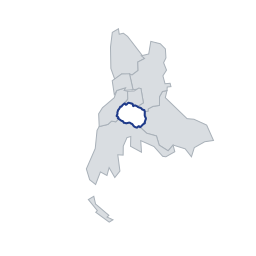 North Macedonia highlighted, Mercator projection, rotated 40°
{"feature_id": "MKD", "entity_name": "North Macedonia", "entity_type": "country or territory", "adm_level": 0, "iso_a3": "MKD", "parent_name": "Europe", "parent_adm1": "", "projection": "mercator", "projection_center": [21.64, 41.604], "detail": "fine", "context": "with_neighbors", "style": "outline", "palette": "blue", "viewbox_px": 256, "rotation_deg": 40, "n_neighbors": 7, "source": "natural_earth", "source_scale": "50m", "svg_char_len": 3311}
<svg xmlns="http://www.w3.org/2000/svg" viewBox="0 0 256 256"><g transform="rotate(40 128 128)"><path d="M133.8,74.2L137.1,80.8L167.2,82.9L172.9,78.9L186.4,75.2L201.5,82.6L195.6,89.2L191.4,100.4L195.1,109.3L185.2,107.2L173.5,112.1L173.4,119.7L162.9,121.1L154.9,115.8L145.7,120.0L137.2,119.6L136.4,109.4L130.6,104.4L132.5,102.2L131.2,100.4L133.2,95.4L137.6,90.5L132.0,83.7L130.9,77.9L133.8,74.2Z" fill="#d9dde1" stroke="#a8b0b8" stroke-width="1"/><path d="M175.5,208.0L174.1,212.2L157.5,213.3L157.6,211.0L143.6,208.3L145.7,202.3L152.0,207.1L169.5,207.2L169.2,209.7L175.5,208.0ZM137.2,119.6L145.7,120.0L154.9,115.8L162.9,121.1L173.4,119.7L173.5,112.1L179.1,116.1L175.5,125.7L172.8,127.4L159.8,125.5L145.9,129.5L153.9,137.9L141.7,140.4L135.6,132.7L133.4,136.0L136.0,144.9L141.7,151.9L137.4,155.1L149.5,166.2L149.7,174.4L139.0,170.5L142.4,177.9L135.1,179.4L139.5,192.1L131.9,192.3L122.4,186.1L116.1,164.8L105.8,149.7L105.0,145.4L110.3,138.2L111.0,133.3L114.7,131.1L115.0,127.1L122.5,125.8L126.9,122.4L133.1,122.7L137.2,119.6Z" fill="#d9dde1" stroke="#a8b0b8" stroke-width="1"/><path d="M115.0,127.1L114.7,131.1L111.0,133.3L110.3,138.2L105.0,145.4L96.4,136.0L95.4,128.9L98.0,113.7L95.3,106.4L100.3,98.7L101.0,101.6L104.1,100.2L109.3,106.0L108.6,116.8L110.2,123.4L115.0,127.1Z" fill="#d9dde1" stroke="#a8b0b8" stroke-width="1"/><path d="M86.7,99.3L76.6,93.4L62.6,77.3L54.5,64.8L56.9,58.1L61.0,61.8L63.5,58.4L68.8,58.1L96.0,64.1L93.1,71.2L98.7,77.4L97.0,84.8L88.4,90.7L86.7,99.3Z" fill="#d9dde1" stroke="#a8b0b8" stroke-width="1"/><path d="M89.8,47.0L98.6,42.7L105.8,43.4L112.0,49.9L113.3,55.1L120.3,58.9L121.2,65.6L127.9,70.3L131.5,66.7L134.3,68.7L131.7,71.4L133.8,74.2L130.9,77.9L132.0,83.7L137.6,90.5L133.2,95.4L131.2,100.4L132.5,102.2L130.6,104.4L121.4,105.6L123.6,98.8L112.6,89.5L106.2,96.7L107.2,95.4L94.3,85.5L97.0,84.8L98.7,77.4L93.1,71.2L96.0,64.1L91.8,64.1L96.3,58.0L89.8,47.0Z" fill="#d9dde1" stroke="#a8b0b8" stroke-width="1"/><path d="M107.2,95.4L101.0,101.6L100.3,98.7L95.3,106.4L96.1,111.3L85.5,101.9L88.4,90.7L94.3,85.5L107.2,95.4Z" fill="#d9dde1" stroke="#a8b0b8" stroke-width="1"/><path d="M110.0,111.6L109.3,106.0L104.1,100.2L109.0,95.6L110.6,90.4L112.6,89.5L123.6,98.8L121.4,105.6L112.0,108.6L111.5,111.7L110.0,111.6Z" fill="#d9dde1" stroke="#a8b0b8" stroke-width="1"/><path d="M121.2,105.5L121.8,105.6L123.2,105.2L124.1,104.7L124.5,104.6L125.1,104.4L126.0,104.4L126.8,104.7L127.9,104.3L129.0,103.8L129.4,104.0L129.9,104.4L130.2,104.5L132.0,106.8L132.9,107.8L134.1,108.5L135.4,109.0L135.8,109.5L136.7,111.9L137.1,112.8L137.6,113.1L137.8,113.4L137.8,113.7L137.2,115.5L136.9,119.3L136.7,119.6L136.1,119.6L135.2,119.6L134.9,119.9L134.6,122.0L133.2,122.6L131.9,122.9L130.8,122.8L129.0,122.3L128.3,122.3L127.8,122.6L126.2,122.7L125.4,123.1L123.7,125.5L122.0,126.3L121.4,126.7L120.0,126.2L119.4,126.1L118.5,126.7L116.4,126.8L115.9,126.9L114.3,127.0L114.3,126.7L114.0,126.2L113.3,126.0L111.8,126.2L111.4,125.8L110.8,123.8L110.3,123.4L109.8,122.8L108.9,120.6L108.9,119.6L108.9,118.7L108.4,116.7L108.7,116.2L109.2,115.9L109.2,115.1L109.1,113.9L109.6,111.5L109.8,111.3L111.2,111.6L111.6,111.3L111.8,110.9L111.9,109.1L112.2,108.3L115.4,106.7L116.4,106.7L117.1,107.4L117.7,107.8L118.0,107.8L118.2,107.4L118.6,106.5L119.2,106.0L121.2,105.5L121.2,105.5Z" fill="none" stroke="#1e3a8a" stroke-width="2"/></g></svg>